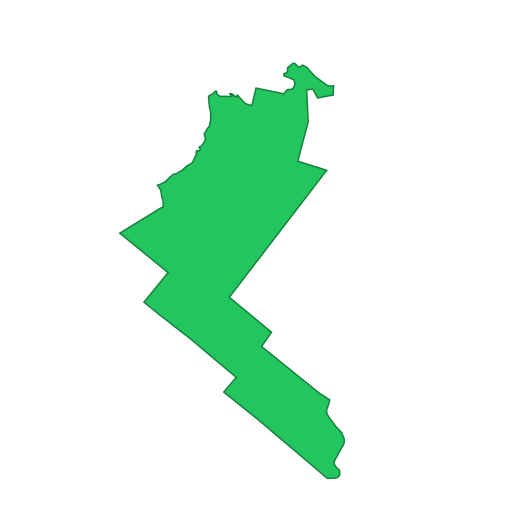 outline of Viisoara, Teleorman, Romania, rotated 105°
{"feature_id": "2599482B74354015678393", "entity_name": "Viisoara", "entity_type": "district", "adm_level": 2, "iso_a3": "ROU", "parent_name": "Romania", "parent_adm1": "Teleorman", "projection": "mercator", "projection_center": [25.189, 43.787], "detail": "fine", "context": "isolated", "style": "filled", "palette": "green", "viewbox_px": 512, "rotation_deg": 105, "n_neighbors": 0, "source": "geoboundaries", "source_scale": "gbopen_adm2", "svg_char_len": 5578}
<svg xmlns="http://www.w3.org/2000/svg" viewBox="0 0 512 512"><g transform="rotate(105 256 256)"><path d="M452.4,129.5L450.1,122.2L448.4,119.5L445.9,118.5L441.5,119.6L439.4,123.8L436.3,127.0L433.4,127.1L418.6,123.6L415.9,122.6L412.6,122.6L409.4,123.7L404.3,127.7L400.0,134.8L392.5,144.2L390.2,146.4L388.2,147.5L385.2,148.0L381.6,147.5L375.9,147.5L372.1,159.3L342.0,227.2L325.6,221.3L302.8,271.1L154.9,209.9L153.6,240.2L113.0,240.3L82.5,250.0L80.0,244.3L87.4,237.4L80.5,223.0L71.5,225.2L72.9,228.3L72.7,231.7L67.3,245.6L60.4,256.1L59.6,260.6L61.7,261.9L62.5,264.0L60.0,268.3L60.4,270.3L66.2,274.3L69.6,273.2L71.1,274.0L72.8,276.3L74.9,275.2L74.9,272.9L76.0,265.0L79.6,262.7L84.3,263.6L86.2,265.4L86.8,268.1L88.0,269.4L91.0,270.6L92.1,270.9L93.8,299.5L111.8,298.9L111.6,305.6L105.4,315.7L107.4,315.7L107.3,316.2L107.2,316.8L107.2,317.0L107.1,317.4L107.2,317.7L107.1,317.9L106.9,318.3L106.6,318.9L106.3,319.5L106.2,319.8L106.1,320.1L105.9,320.5L105.8,320.8L105.7,321.2L105.6,321.7L105.7,322.2L105.8,322.9L105.9,323.1L106.1,323.2L106.5,323.1L106.5,322.9L106.6,322.4L106.6,322.0L106.8,321.5L107.1,321.1L107.4,320.9L107.6,320.7L107.9,320.7L108.1,320.7L108.1,320.9L108.2,321.0L108.2,321.3L108.2,321.8L108.3,322.1L108.4,322.3L108.5,322.6L108.8,322.9L109.0,323.1L109.1,323.4L109.1,323.5L109.2,323.9L109.2,324.2L109.3,324.7L109.3,325.2L109.4,325.6L109.5,325.9L109.6,326.5L109.7,326.9L109.8,327.4L110.0,328.0L110.2,328.8L110.4,329.5L110.6,330.3L110.8,330.8L110.9,331.3L111.0,331.9L111.0,332.3L110.9,332.7L110.7,333.3L110.8,333.5L110.6,333.8L110.4,334.0L110.2,334.2L110.2,334.3L110.1,334.6L110.0,335.0L109.8,335.3L109.5,335.6L109.4,335.7L109.4,335.8L109.3,336.0L109.1,336.2L108.9,336.2L108.7,336.1L108.2,336.4L107.9,336.5L107.5,336.6L107.3,336.6L107.2,336.7L107.1,336.9L107.1,337.1L107.1,337.4L107.2,337.6L107.3,337.8L107.5,338.0L107.8,338.3L108.3,338.6L108.5,338.7L109.0,338.9L109.7,339.2L110.1,339.5L110.3,339.6L110.5,339.8L110.8,340.1L111.0,340.3L111.2,340.5L111.4,340.6L111.7,340.7L112.0,340.9L112.2,341.1L112.3,341.3L112.3,341.7L112.4,341.8L112.5,341.9L112.7,342.1L112.8,342.3L112.9,342.5L113.1,342.7L113.3,342.7L113.5,342.8L113.9,342.8L114.1,342.8L114.3,342.8L114.6,342.7L114.8,342.9L115.0,342.7L115.3,342.7L115.7,342.7L116.6,342.3L117.2,342.1L117.7,341.9L118.3,341.6L118.6,341.5L119.1,341.4L119.7,341.2L120.2,341.1L120.6,340.9L120.9,340.7L121.6,340.5L122.0,340.3L122.5,340.1L123.2,339.9L123.7,339.6L124.3,339.4L124.8,339.3L125.4,339.0L125.8,338.8L126.1,338.5L126.7,338.1L127.7,337.6L128.4,337.3L129.0,337.1L129.3,336.9L129.8,336.7L130.3,336.6L130.8,336.4L131.1,336.3L131.5,336.2L131.9,336.2L132.1,336.2L132.5,336.0L132.9,336.1L133.2,336.0L133.7,335.9L134.2,335.7L134.8,335.4L135.1,335.2L135.4,335.1L135.7,335.1L136.0,335.2L136.5,335.1L136.9,334.9L137.2,334.9L137.4,334.8L137.7,334.7L138.1,334.8L138.4,334.8L138.7,335.0L138.9,335.1L139.1,335.1L139.3,335.0L139.6,334.8L139.8,334.7L140.1,334.6L140.4,334.7L140.7,334.6L141.2,334.8L141.4,334.7L141.7,334.6L141.9,334.5L142.2,334.6L142.5,334.8L143.0,334.8L143.5,334.9L143.8,335.0L144.2,335.3L144.4,335.4L144.7,335.4L144.8,335.6L145.0,335.7L145.4,335.9L145.7,336.1L146.1,336.3L146.4,336.4L146.8,336.4L147.1,336.4L147.4,336.6L148.2,336.7L148.8,336.8L149.5,337.0L149.8,337.0L150.1,337.3L150.3,337.4L150.7,337.4L151.3,337.5L151.8,337.5L152.2,337.3L153.2,336.7L154.6,335.7L154.9,335.5L155.4,335.4L156.1,335.3L156.5,335.2L156.9,335.2L157.5,335.2L157.9,335.2L158.3,335.3L158.6,335.3L159.0,335.5L159.3,335.7L159.6,335.8L160.2,335.9L160.6,335.9L161.0,336.1L161.5,336.3L162.1,336.5L162.8,336.8L163.2,336.9L163.7,337.2L164.3,337.6L164.7,338.0L165.1,338.5L165.1,339.0L165.4,339.0L165.6,339.0L165.7,338.6L165.9,338.6L166.1,338.5L166.5,338.3L166.9,338.0L167.1,337.7L167.2,337.4L167.5,337.3L169.2,338.0L169.3,338.1L169.3,338.4L169.4,338.5L169.1,338.9L169.1,339.1L169.1,339.4L169.2,339.7L169.5,340.2L169.7,340.6L169.8,340.7L170.2,340.7L170.4,340.7L170.5,340.7L170.8,340.4L171.1,340.4L171.5,340.4L171.8,340.4L171.9,340.1L172.0,339.9L172.2,340.1L172.3,340.2L172.7,340.2L173.1,340.3L173.6,340.2L174.2,340.1L175.1,340.1L175.5,340.2L175.8,340.4L176.2,340.6L176.6,340.7L177.2,340.7L177.8,340.8L178.5,341.0L179.1,341.1L179.5,341.2L180.2,341.2L180.9,341.3L181.6,341.5L182.5,341.8L182.8,342.1L183.4,342.6L184.1,343.1L184.5,343.6L185.1,344.4L185.6,344.9L186.5,345.7L187.2,346.2L187.5,346.4L188.1,346.7L188.7,347.2L189.0,347.6L189.8,348.0L190.3,348.3L192.1,349.4L192.6,349.8L193.1,350.3L193.6,350.6L193.8,350.9L194.2,351.4L194.9,352.3L195.3,352.6L195.6,352.7L196.1,353.0L196.4,353.3L196.7,353.6L197.0,354.1L197.2,354.5L197.5,354.8L197.6,355.0L197.8,355.4L198.0,356.2L198.1,356.6L198.4,356.8L198.8,357.2L199.5,357.7L200.0,358.0L200.3,358.3L200.7,358.6L201.4,359.1L202.1,359.6L202.6,359.9L203.0,360.0L203.5,360.3L204.3,360.7L205.1,361.3L205.8,361.8L206.2,362.0L206.5,362.2L207.2,362.6L207.8,363.1L208.4,363.6L208.6,363.7L208.9,364.0L209.1,364.2L209.5,364.5L209.7,364.9L209.8,365.2L210.2,365.6L210.8,366.1L211.1,366.5L211.9,367.6L213.1,369.5L213.6,369.0L214.0,368.3L214.8,367.4L215.1,367.1L215.5,366.7L216.0,366.2L216.7,365.6L217.5,365.0L218.0,364.7L218.8,364.3L220.3,363.6L220.9,363.3L221.4,363.2L222.2,362.8L223.2,362.3L223.7,362.1L224.4,361.7L225.4,360.9L226.0,360.6L227.0,360.0L227.6,359.8L228.1,359.6L228.7,359.5L229.5,359.2L230.7,358.8L231.8,358.5L232.3,358.3L232.5,358.3L232.8,358.5L233.0,359.0L233.2,359.3L233.5,359.6L233.9,360.0L236.3,362.4L269.2,393.5L294.6,337.1L294.7,336.6L329.6,352.3L337.6,334.4L345.3,316.2L353.2,297.4L368.8,264.2L378.3,243.7L395.8,251.9L413.0,212.8L439.2,157.2L452.4,129.5Z" fill="#22c55e" stroke="#15803d" stroke-width="1.5"/></g></svg>